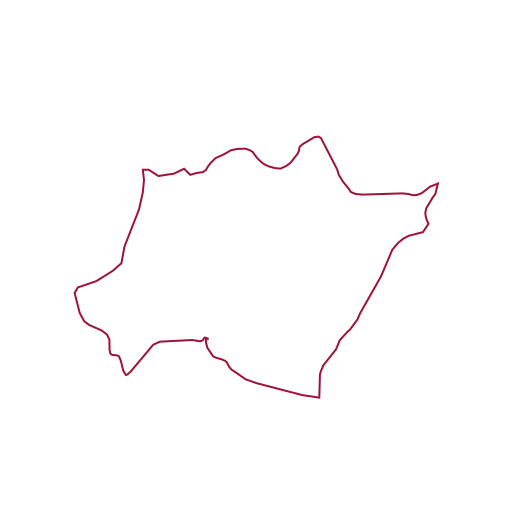 map outline of Coclé (orthographic projection), rotated 42°
{"feature_id": "PAN-1336", "entity_name": "Coclé", "entity_type": "Province", "adm_level": 1, "iso_a3": "PAN", "parent_name": "Panama", "parent_adm1": "", "projection": "orthographic", "projection_center": [-80.432, 8.569], "detail": "fine", "context": "isolated", "style": "outline", "palette": "rose", "viewbox_px": 512, "rotation_deg": 42, "n_neighbors": 0, "source": "natural_earth", "source_scale": "10m", "svg_char_len": 1588}
<svg xmlns="http://www.w3.org/2000/svg" viewBox="0 0 512 512"><g transform="rotate(42 256 256)"><path d="M397.8,318.9L383.3,328.5L366.9,337.0L341.6,350.1L331.0,354.5L313.6,356.8L310.4,356.4L305.7,354.7L303.7,354.5L300.5,355.4L294.2,358.4L291.3,359.3L281.4,356.8L276.6,353.7L274.4,351.1L276.2,349.3L272.6,350.7L272.4,352.3L272.9,354.3L271.5,356.8L264.8,361.1L241.9,384.0L239.0,390.7L240.2,425.9L239.7,430.2L238.9,431.5L234.2,430.1L225.8,424.4L221.5,422.3L219.4,422.7L215.2,425.8L213.1,426.0L209.8,423.6L203.0,416.2L197.9,414.1L191.2,414.6L177.9,419.0L171.9,419.4L163.1,416.3L146.0,404.9L144.6,398.6L154.1,381.6L159.4,363.2L160.8,351.4L151.9,336.9L137.9,299.7L129.4,284.6L122.0,274.6L114.2,267.6L118.5,263.7L129.9,261.9L139.9,249.7L144.2,239.2L152.8,239.7L156.5,233.8L160.3,229.4L161.2,225.7L160.4,221.5L160.0,217.1L160.4,210.4L163.9,202.5L166.7,194.0L170.5,188.9L176.1,183.5L180.3,181.6L183.8,180.9L190.5,182.3L194.5,182.6L199.9,182.5L205.9,180.7L211.1,178.1L215.7,174.7L218.1,169.2L219.3,163.6L218.5,152.1L217.4,148.9L216.1,147.0L215.4,145.4L215.8,141.8L219.9,128.5L222.4,125.6L225.4,124.9L258.5,137.4L263.2,140.3L271.1,142.6L280.2,144.0L283.5,145.0L288.5,143.3L294.4,138.8L323.0,111.4L328.0,107.8L331.9,105.9L334.6,103.2L337.1,98.5L339.0,87.9L342.7,80.5L347.8,90.0L348.1,94.0L350.6,106.6L352.8,110.5L355.3,112.8L358.1,114.6L362.6,116.6L364.1,126.5L356.0,138.7L353.8,144.8L352.8,151.4L353.1,160.1L362.6,187.7L371.7,229.0L373.8,235.0L375.1,247.7L374.7,251.0L374.6,262.6L377.9,271.7L379.2,292.1L381.2,297.9L382.9,301.4L397.8,318.9Z" fill="none" stroke="#9f1239" stroke-width="2"/></g></svg>